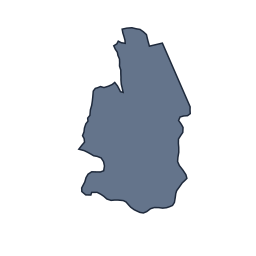 Aiquara, Bahia, Brazil (Robinson projection), rotated 151°
{"feature_id": "56859067B38822529234338", "entity_name": "Aiquara", "entity_type": "district", "adm_level": 2, "iso_a3": "BRA", "parent_name": "Brazil", "parent_adm1": "Bahia", "projection": "robinson", "projection_center": [-39.869, -14.097], "detail": "fine", "context": "isolated", "style": "filled", "palette": "slate", "viewbox_px": 256, "rotation_deg": 151, "n_neighbors": 0, "source": "geoboundaries", "source_scale": "gbopen_adm2", "svg_char_len": 1649}
<svg xmlns="http://www.w3.org/2000/svg" viewBox="0 0 256 256"><g transform="rotate(151 128 128)"><path d="M193.0,87.4L191.0,89.3L186.2,86.7L184.0,83.4L182.3,80.1L180.9,76.1L177.9,72.9L174.7,71.5L171.5,69.7L167.3,66.8L165.6,64.3L164.7,60.2L164.0,57.3L162.2,53.5L160.5,51.1L158.5,48.4L155.7,46.2L152.2,45.8L147.4,46.5L143.6,45.7L139.6,43.4L136.5,41.1L132.9,39.6L129.8,39.0L126.6,38.7L123.5,40.4L120.3,44.4L118.0,47.5L115.8,49.6L110.9,51.9L107.2,53.7L103.9,54.5L100.9,55.4L100.0,59.1L100.4,64.5L101.3,70.2L100.9,74.6L98.7,78.0L95.4,82.1L93.0,86.5L91.4,90.1L89.2,93.9L85.9,95.7L82.2,97.6L79.6,101.8L79.6,105.5L80.1,110.1L77.1,112.4L73.4,111.5L69.9,109.9L66.6,110.4L65.0,113.7L63.4,116.4L56.8,185.6L69.6,189.2L68.4,194.3L66.6,200.8L67.9,204.7L69.7,208.4L72.5,210.6L76.0,213.8L80.6,215.9L85.2,217.3L86.4,213.7L87.2,209.8L88.1,206.2L89.4,203.4L92.6,205.9L94.4,208.7L97.0,207.0L100.6,206.8L100.9,203.1L100.6,199.4L101.6,196.4L102.0,192.5L103.5,189.5L105.4,186.3L106.2,182.2L108.0,178.9L109.5,175.9L110.9,173.4L112.7,169.4L113.6,166.1L115.0,161.5L117.0,163.4L116.9,166.6L116.8,169.9L117.5,174.3L120.8,173.7L125.0,174.1L129.4,175.0L132.0,177.6L134.8,177.9L137.4,178.5L140.5,177.1L143.5,172.6L146.1,168.9L148.7,165.5L152.1,162.1L155.2,157.5L158.5,156.2L159.7,153.4L162.8,152.1L166.1,149.1L168.4,145.9L171.5,143.3L171.5,140.0L172.9,136.7L176.7,135.3L181.3,133.3L177.3,129.5L175.0,126.2L173.0,123.0L171.5,120.4L168.7,118.1L166.0,114.8L165.7,110.4L167.0,106.2L170.0,102.4L173.4,102.9L177.1,105.0L181.0,107.3L185.3,107.0L188.7,105.0L192.0,101.7L194.9,99.8L197.6,98.0L199.2,94.8L197.4,90.0L193.0,87.4Z" fill="#64748b" stroke="#1e293b" stroke-width="1.5"/></g></svg>